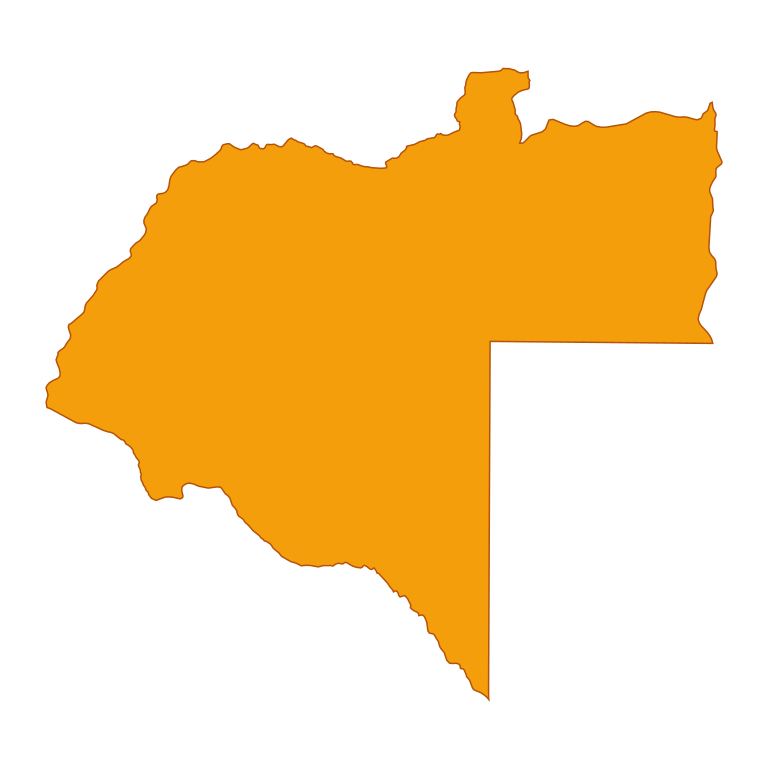 the border of Moxico
{"feature_id": "AGO-1892", "entity_name": "Moxico", "entity_type": "Province", "adm_level": 1, "iso_a3": "AGO", "parent_name": "Angola", "parent_adm1": "", "projection": "albers", "projection_center": [20.805, -13.377], "detail": "fine", "context": "isolated", "style": "filled", "palette": "amber", "viewbox_px": 768, "rotation_deg": 0, "n_neighbors": 0, "source": "natural_earth", "source_scale": "10m", "svg_char_len": 6056}
<svg xmlns="http://www.w3.org/2000/svg" viewBox="0 0 768 768"><path d="M490.1,341.4L488.6,681.0L488.6,697.2L488.8,699.6L487.0,697.3L484.0,694.8L480.7,692.6L474.7,690.2L473.3,689.1L472.3,687.4L469.6,680.2L466.7,676.7L466.1,674.4L464.1,669.8L463.2,668.9L460.6,668.5L460.2,667.5L460.2,666.0L459.1,664.2L456.1,663.2L452.8,663.5L449.6,663.2L446.8,660.3L444.2,652.5L440.7,648.3L439.7,646.4L438.3,641.4L436.2,638.3L434.2,634.7L433.1,633.9L429.4,633.1L427.9,630.8L426.7,621.9L424.5,616.8L423.1,615.3L421.2,615.0L418.9,615.6L418.4,613.4L417.1,612.2L413.7,610.6L410.8,608.3L410.3,607.2L410.8,605.9L410.8,605.1L407.5,598.5L404.9,595.7L402.1,596.2L400.1,597.0L398.9,595.7L398.0,592.7L397.0,591.5L396.2,590.9L395.2,591.0L393.5,591.9L392.7,590.0L389.9,586.8L387.6,583.2L378.5,573.3L378.0,573.1L377.2,573.2L376.7,572.5L376.3,571.0L374.0,567.9L371.8,569.5L370.0,569.1L366.6,566.3L364.2,565.3L363.1,566.0L362.2,567.2L360.6,567.9L356.4,567.3L352.4,566.0L347.2,562.9L345.6,562.4L344.6,562.6L343.0,563.8L342.2,564.0L339.1,563.3L337.1,563.5L334.8,564.6L333.2,565.9L332.6,566.0L331.0,565.6L323.1,565.6L318.4,566.9L309.9,565.4L306.0,565.3L301.3,565.8L296.1,563.2L290.6,561.5L281.6,556.4L278.8,552.8L273.5,548.5L270.6,544.2L266.8,541.6L264.3,540.9L263.1,539.2L261.3,538.3L259.4,535.7L253.2,530.8L248.0,524.8L245.2,522.5L243.5,519.8L242.5,518.8L239.3,516.6L238.3,515.6L237.6,514.4L236.5,510.3L234.7,507.7L233.0,506.0L232.1,504.7L229.9,498.2L228.0,495.8L225.2,493.6L222.4,489.4L220.6,487.3L217.1,486.9L208.2,488.1L198.7,486.2L193.6,484.0L190.1,483.2L187.0,483.4L184.4,484.8L182.4,486.5L181.8,488.7L181.8,491.0L183.0,496.1L182.4,497.8L180.2,498.9L172.7,497.2L168.4,496.9L164.7,497.2L157.0,500.1L155.6,500.2L151.5,498.4L148.7,494.6L148.1,492.2L146.1,490.3L145.0,487.2L143.4,485.1L142.4,482.2L141.2,480.2L140.7,476.5L141.4,474.3L140.4,472.3L140.3,469.9L138.4,465.6L138.5,464.3L139.3,462.7L139.2,461.6L138.3,460.0L136.2,457.5L135.1,455.2L133.8,453.5L133.3,452.4L133.3,451.0L133.1,450.3L131.0,447.5L129.8,446.3L125.7,443.6L124.6,441.3L123.3,440.0L121.4,439.6L120.4,439.0L113.4,433.4L110.9,432.4L107.4,431.7L103.0,430.2L88.9,423.8L85.0,423.1L82.6,423.5L79.6,423.5L76.1,422.7L50.5,408.8L47.0,407.5L46.1,402.2L48.0,395.5L47.5,392.7L46.6,390.0L46.1,387.4L47.5,384.9L49.3,382.9L52.8,380.6L57.7,378.4L59.7,376.6L60.2,373.6L59.3,368.7L56.7,362.2L56.1,359.7L58.0,354.5L58.0,352.4L60.1,350.4L63.0,348.5L64.7,346.8L66.5,343.5L70.3,338.4L70.7,335.0L68.8,329.3L68.3,326.9L68.9,324.6L71.5,323.1L82.2,314.0L84.1,311.8L84.9,308.4L85.1,306.1L86.4,303.1L93.3,295.3L96.5,290.2L97.2,288.2L96.8,285.2L98.5,281.0L107.9,271.6L110.5,269.8L116.4,267.2L119.5,265.0L123.2,261.8L129.1,258.4L130.8,256.5L131.4,254.4L130.3,251.6L130.3,250.3L130.6,248.9L132.3,246.8L135.9,243.1L139.7,240.7L144.2,235.3L145.6,232.8L146.4,228.8L144.0,223.2L143.9,220.3L145.0,217.2L147.4,213.8L150.0,208.4L151.4,206.4L156.3,203.0L157.3,199.9L156.7,197.5L156.9,195.3L158.1,194.1L163.5,193.2L165.6,192.1L167.7,189.8L168.9,186.3L169.7,180.7L170.3,178.1L171.5,175.6L175.6,170.2L178.8,167.2L181.3,166.7L186.6,164.9L188.2,163.8L190.4,161.4L191.5,160.7L195.0,160.7L197.7,161.8L202.7,161.9L204.7,161.5L210.9,158.2L215.5,154.6L220.1,150.4L221.2,148.5L221.8,146.4L223.3,144.7L227.7,143.7L229.5,143.8L234.0,147.0L239.6,149.4L241.3,149.7L247.4,148.1L248.7,147.2L252.1,144.0L253.7,143.3L255.3,144.3L257.9,145.1L259.4,147.9L260.2,148.4L262.8,148.8L263.4,148.8L264.9,147.8L266.0,145.5L267.0,144.5L267.6,144.4L271.0,144.6L274.2,144.2L278.9,146.5L281.8,146.9L283.3,145.7L288.4,139.6L290.8,138.3L291.7,138.2L293.5,139.6L295.9,140.4L297.4,141.6L303.5,143.5L304.6,144.2L305.6,145.7L306.5,146.3L308.5,146.5L311.1,147.5L311.8,147.5L314.9,145.9L316.4,145.9L322.8,149.3L324.2,151.2L326.7,153.0L329.6,153.9L331.8,153.7L333.2,153.9L334.0,155.5L334.9,156.2L341.1,158.1L345.9,161.0L347.0,161.3L349.4,161.0L351.0,161.2L352.4,162.8L352.8,164.0L354.2,164.7L356.8,164.4L358.3,164.7L362.8,166.3L366.0,166.8L367.7,166.8L371.8,167.7L381.2,168.3L386.2,167.9L386.6,167.2L386.6,165.9L385.5,163.3L386.0,161.9L392.4,158.1L395.7,158.3L397.0,157.9L398.5,157.1L399.4,156.0L401.2,153.1L405.1,150.1L406.7,147.7L406.5,146.5L407.2,146.1L414.5,144.4L420.2,141.5L424.9,140.4L427.4,138.8L434.5,137.6L436.0,135.7L436.5,134.6L437.5,134.0L439.9,134.2L440.8,133.5L442.6,134.9L444.3,135.2L447.2,135.2L448.2,135.0L454.9,131.8L458.4,130.6L459.6,129.7L460.2,126.0L459.4,124.5L459.7,121.7L458.1,121.5L457.2,120.9L456.7,119.2L455.0,117.0L454.5,115.3L454.6,114.3L456.0,112.0L456.2,107.7L456.9,105.3L456.9,103.1L457.2,102.0L459.5,99.1L460.7,97.9L464.0,95.4L465.2,93.7L464.9,87.3L465.7,85.0L466.1,81.5L467.4,78.1L469.3,74.6L470.8,72.9L472.0,72.6L473.9,72.5L480.7,72.8L499.0,71.2L500.8,70.6L503.2,68.4L505.7,68.7L509.0,68.6L514.9,70.2L518.6,72.4L520.4,72.8L523.8,72.7L528.0,71.2L528.1,77.6L529.9,80.5L529.1,81.5L529.4,85.9L529.1,88.0L528.0,89.0L523.1,90.1L518.4,92.0L513.8,95.8L511.9,98.2L511.9,100.1L512.9,101.9L515.2,109.8L515.2,114.1L517.5,116.4L517.9,118.4L519.7,121.7L520.5,123.9L521.7,133.8L521.3,138.6L519.7,143.2L522.5,143.1L524.6,141.8L529.5,136.6L531.1,135.4L542.2,131.8L545.5,129.0L549.0,120.0L553.1,119.4L565.7,124.6L569.9,125.8L574.2,126.3L578.3,125.6L583.0,122.6L585.5,121.3L588.2,121.5L594.6,125.5L596.8,126.5L601.1,127.2L606.0,127.2L626.3,123.9L646.0,113.2L650.8,111.9L655.3,111.7L659.6,112.1L675.8,116.8L679.5,117.2L683.9,116.9L688.1,117.4L692.7,118.9L697.1,119.8L700.9,118.5L701.7,117.4L703.2,113.8L707.7,110.5L710.1,103.3L712.2,102.3L712.9,107.9L713.6,109.8L715.7,113.2L716.1,114.8L714.9,119.0L715.0,125.3L714.4,129.7L715.0,131.2L717.2,131.6L716.5,147.7L717.1,150.6L721.9,161.6L721.9,163.0L720.8,164.5L717.3,167.2L716.1,168.8L715.8,171.5L716.0,176.1L715.5,177.4L712.4,182.1L710.3,186.6L709.7,188.8L709.7,191.7L712.5,198.8L712.9,207.3L713.4,210.1L713.2,211.2L710.7,216.7L708.9,247.1L709.5,252.2L711.8,255.7L714.6,258.7L715.7,261.6L716.0,268.5L717.1,273.6L716.7,275.6L715.8,277.5L706.9,290.2L705.5,293.5L701.2,309.7L699.0,314.7L698.2,319.2L699.2,322.8L701.4,326.0L707.3,332.3L709.7,335.6L711.6,339.2L712.8,343.4L490.1,341.4Z" fill="#f59e0b" stroke="#b45309" stroke-width="1.5"/></svg>